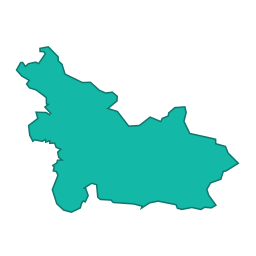 Studenichani, Studeničani, North Macedonia, rotated 267°
{"feature_id": "65306769B72053820604170", "entity_name": "Studenichani", "entity_type": "district", "adm_level": 2, "iso_a3": "MKD", "parent_name": "North Macedonia", "parent_adm1": "Studeničani", "projection": "albers", "projection_center": [21.452, 41.825], "detail": "fine", "context": "isolated", "style": "filled", "palette": "teal", "viewbox_px": 256, "rotation_deg": 267, "n_neighbors": 0, "source": "geoboundaries", "source_scale": "gbopen_adm2", "svg_char_len": 1436}
<svg xmlns="http://www.w3.org/2000/svg" viewBox="0 0 256 256"><g transform="rotate(267 128 128)"><path d="M146.1,185.9L145.9,175.9L141.0,169.5L137.8,168.7L135.8,162.7L132.7,161.1L137.7,150.7L129.9,139.5L129.8,128.8L145.1,118.2L148.5,108.9L155.6,118.4L160.2,118.9L164.6,114.2L164.1,107.5L167.1,101.4L175.6,92.9L175.8,84.7L185.1,67.9L195.1,65.4L198.6,61.9L202.8,61.9L213.2,52.7L212.1,44.2L209.0,44.2L208.6,48.0L206.4,49.3L197.0,42.1L198.6,39.2L197.4,32.0L194.8,28.7L199.0,26.2L198.9,24.2L191.7,19.7L185.4,24.7L180.7,31.9L177.2,29.0L173.2,31.8L170.8,38.3L162.7,48.0L156.3,47.8L155.7,49.6L153.2,46.1L146.7,51.6L145.4,50.1L147.7,47.2L148.6,37.0L142.2,38.4L135.7,28.9L125.9,29.5L119.7,32.3L121.1,34.1L119.2,41.6L120.8,44.9L118.2,45.1L119.4,49.2L116.8,49.1L116.8,53.9L112.4,55.3L110.3,59.8L107.6,56.5L102.3,57.3L99.5,60.4L99.5,55.9L96.8,55.1L94.5,50.9L92.8,52.3L89.1,51.1L88.2,54.2L84.4,55.6L70.4,49.2L56.2,52.9L49.4,59.4L46.9,67.1L50.7,76.2L55.0,77.6L57.4,79.4L56.4,81.4L62.6,84.7L70.5,82.4L69.8,80.2L74.7,88.8L73.1,93.7L60.5,94.2L58.1,96.6L56.9,107.2L54.4,109.4L51.9,129.6L49.2,138.1L47.2,137.2L52.1,145.5L53.4,154.1L48.9,172.0L45.3,173.1L43.9,177.5L45.3,187.6L42.8,196.6L44.8,200.3L43.9,207.0L46.3,211.8L56.7,205.0L62.6,203.5L68.9,207.6L72.0,218.0L79.7,220.9L80.0,223.7L87.0,236.3L97.8,226.6L104.5,224.3L107.7,214.8L112.2,214.9L119.3,189.4L131.6,184.2L140.5,186.9L146.1,185.9Z" fill="#14b8a6" stroke="#0f766e" stroke-width="1.5"/></g></svg>